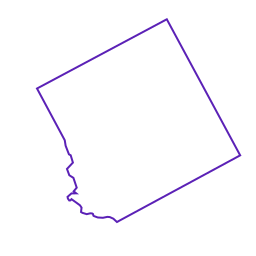 Kinney, Texas, United States of America (Albers equal-area conic projection), rotated 332°
{"feature_id": "52423323B1423896904617", "entity_name": "Kinney", "entity_type": "district", "adm_level": 2, "iso_a3": "USA", "parent_name": "United States of America", "parent_adm1": "Texas", "projection": "albers", "projection_center": [-100.689, 29.354], "detail": "fine", "context": "isolated", "style": "outline", "palette": "violet", "viewbox_px": 256, "rotation_deg": 332, "n_neighbors": 0, "source": "geoboundaries", "source_scale": "gbopen_adm2", "svg_char_len": 573}
<svg xmlns="http://www.w3.org/2000/svg" viewBox="0 0 256 256"><g transform="rotate(332 128 128)"><path d="M213.3,50.2L66.2,50.4L66.4,109.1L64.6,114.4L63.5,123.5L64.6,125.2L63.1,132.7L54.9,135.5L54.0,142.2L56.4,146.4L54.7,156.6L50.3,158.4L51.6,161.4L47.4,159.2L42.3,160.4L41.8,162.1L42.1,164.4L43.2,164.9L44.7,164.3L49.3,173.7L49.6,176.5L47.1,180.1L47.9,181.5L51.1,184.7L54.6,185.6L56.2,186.6L56.7,187.5L56.3,189.2L56.7,189.9L59.3,192.8L63.7,195.5L68.1,196.8L70.1,198.1L72.5,201.2L74.1,205.8L214.2,204.8L213.3,50.2Z" fill="none" stroke="#5b21b6" stroke-width="2"/></g></svg>